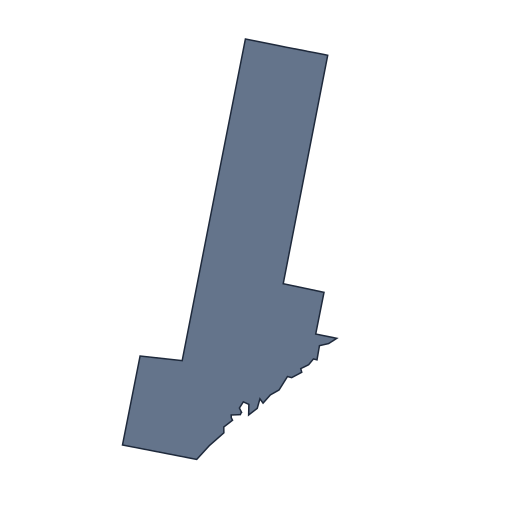 Yellow Medicine, Minnesota, United States of America (Robinson projection), rotated 101°
{"feature_id": "52423323B81974861469446", "entity_name": "Yellow Medicine", "entity_type": "district", "adm_level": 2, "iso_a3": "USA", "parent_name": "United States of America", "parent_adm1": "Minnesota", "projection": "robinson", "projection_center": [-95.786, 44.739], "detail": "fine", "context": "isolated", "style": "filled", "palette": "slate", "viewbox_px": 512, "rotation_deg": 101, "n_neighbors": 0, "source": "geoboundaries", "source_scale": "gbopen_adm2", "svg_char_len": 748}
<svg xmlns="http://www.w3.org/2000/svg" viewBox="0 0 512 512"><g transform="rotate(101 256 256)"><path d="M45.0,307.8L183.7,308.2L372.8,308.5L376.3,350.7L467.0,351.0L467.0,275.4L451.0,265.6L435.7,253.8L430.0,255.0L421.7,247.7L419.5,249.4L416.8,250.0L414.7,241.1L413.7,240.9L413.0,240.7L412.5,240.5L412.3,240.3L408.4,243.3L401.6,240.6L403.0,234.7L413.5,232.9L405.3,225.7L395.4,224.9L399.1,221.0L389.6,215.4L383.1,207.8L368.3,202.1L368.6,197.8L361.4,188.9L358.0,190.6L352.7,183.6L346.1,180.0L346.3,176.3L331.9,176.6L328.1,168.0L321.4,161.0L321.2,182.5L278.7,182.3L278.0,224.0L45.3,223.9L45.2,227.7L45.2,230.3L45.2,231.1L45.2,238.0L45.3,245.0L45.2,245.6L45.3,265.9L45.2,273.2L45.0,307.8Z" fill="#64748b" stroke="#1e293b" stroke-width="1.5"/></g></svg>